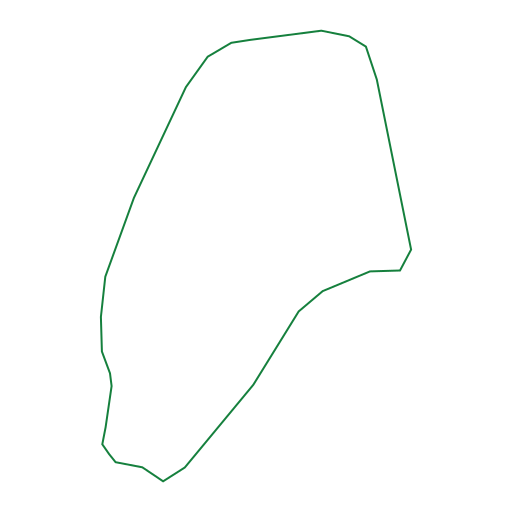 Pollap, Federated States of Micronesia (Natural Earth projection)
{"feature_id": "79324940B96259147967275", "entity_name": "Pollap", "entity_type": "district", "adm_level": 2, "iso_a3": "FSM", "parent_name": "Federated States of Micronesia", "parent_adm1": "", "projection": "natural_earth1", "projection_center": [149.429, 7.637], "detail": "fine", "context": "isolated", "style": "outline", "palette": "green", "viewbox_px": 512, "rotation_deg": 0, "n_neighbors": 0, "source": "geoboundaries", "source_scale": "gbopen_adm2", "svg_char_len": 454}
<svg xmlns="http://www.w3.org/2000/svg" viewBox="0 0 512 512"><path d="M349.2,36.3L321.3,30.7L250.1,39.9L231.3,42.8L207.7,56.7L185.9,87.1L133.9,197.9L105.3,276.7L100.9,316.9L101.9,351.5L110.0,373.3L111.6,386.1L105.6,427.3L102.3,444.3L109.1,454.1L115.6,462.2L142.3,467.3L163.1,481.3L184.8,467.5L253.3,384.8L298.7,311.4L322.7,291.1L370.0,271.4L400.0,270.5L411.1,249.6L376.8,79.5L365.9,46.6L349.2,36.3Z" fill="none" stroke="#15803d" stroke-width="2"/></svg>